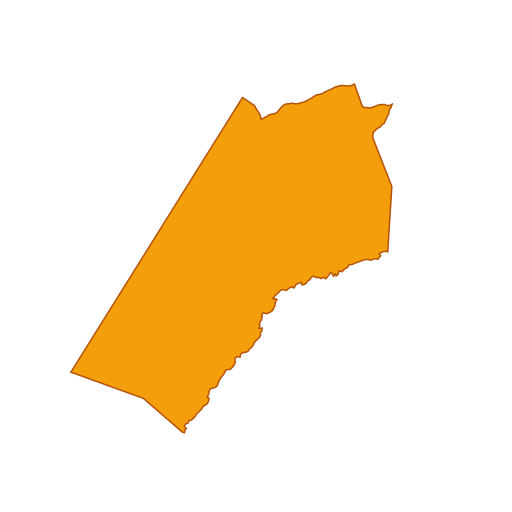 Bertolínia, Piauí, Brazil, rotated 36°
{"feature_id": "56859067B83660365010269", "entity_name": "Bertolínia", "entity_type": "district", "adm_level": 2, "iso_a3": "BRA", "parent_name": "Brazil", "parent_adm1": "Piauí", "projection": "natural_earth1", "projection_center": [-43.815, -7.746], "detail": "fine", "context": "isolated", "style": "filled", "palette": "amber", "viewbox_px": 512, "rotation_deg": 36, "n_neighbors": 0, "source": "geoboundaries", "source_scale": "gbopen_adm2", "svg_char_len": 2260}
<svg xmlns="http://www.w3.org/2000/svg" viewBox="0 0 512 512"><g transform="rotate(36 256 256)"><path d="M325.1,120.0L318.6,115.8L280.4,91.3L278.2,86.9L279.1,81.5L280.6,79.0L280.7,76.0L281.7,73.0L280.8,69.2L280.3,66.1L279.7,62.7L277.9,59.1L277.9,56.3L276.9,53.2L275.8,55.5L273.2,57.4L270.6,58.1L267.3,60.7L265.2,63.4L263.1,66.9L261.4,69.0L259.1,70.5L256.7,71.8L254.5,72.7L234.5,59.0L233.4,61.3L231.3,63.8L226.4,66.8L224.1,68.5L222.2,70.9L220.5,73.2L219.0,76.5L215.1,83.0L214.3,85.6L210.0,90.6L207.9,96.0L205.7,100.8L203.3,104.5L200.3,108.1L198.2,109.9L195.7,110.9L193.8,112.9L190.5,115.9L189.4,118.5L188.9,122.0L188.7,127.1L187.5,129.8L185.6,131.7L183.6,134.3L181.5,139.4L179.9,142.4L176.2,139.4L172.2,137.6L169.8,136.9L166.6,135.2L151.9,135.7L159.8,249.7L160.8,263.7L174.5,458.8L248.5,437.4L251.3,437.6L299.9,441.8L302.1,441.0L300.8,438.9L301.0,436.5L298.1,436.0L297.7,433.5L299.3,430.8L298.4,428.4L300.0,426.9L300.7,424.3L301.1,421.7L300.8,418.9L301.4,415.1L302.0,412.3L301.6,409.3L303.3,404.6L303.1,401.8L301.6,398.6L299.6,399.1L298.9,395.3L297.5,392.9L297.0,390.4L299.5,387.4L301.0,384.4L299.6,378.9L299.1,375.4L299.4,370.6L298.6,365.7L300.4,364.3L302.0,362.4L302.3,359.2L302.3,356.8L301.7,354.1L299.1,351.4L299.9,348.4L302.5,347.3L301.3,344.6L302.2,341.8L303.8,340.3L305.5,338.2L305.5,334.8L306.3,331.0L305.5,326.5L306.0,323.2L306.6,320.6L306.3,317.5L304.8,315.8L304.8,313.2L303.4,310.6L300.9,312.8L300.1,310.3L298.1,307.7L297.9,304.0L296.5,301.2L294.9,299.6L295.5,297.4L298.3,296.7L300.5,293.2L301.4,290.3L300.8,286.7L300.0,283.7L298.5,281.6L298.7,279.0L296.7,279.3L294.6,280.7L294.7,277.9L295.0,275.7L295.7,272.4L296.1,269.2L297.9,266.9L300.8,266.2L301.2,263.8L302.7,260.3L305.5,259.5L305.2,255.2L306.4,253.2L308.1,250.7L310.3,252.4L312.0,250.2L312.7,248.1L312.3,245.6L313.6,243.6L313.2,240.2L314.5,238.5L317.7,237.9L319.8,236.2L321.9,236.1L322.9,233.7L325.8,233.5L326.1,229.5L326.0,225.5L328.5,225.7L330.5,226.8L330.7,223.9L332.6,225.0L333.2,222.2L331.7,219.3L334.9,218.1L335.2,214.7L336.8,211.3L336.2,208.8L338.5,206.6L340.7,203.0L342.5,200.4L343.9,198.3L345.3,195.9L348.5,193.0L351.5,191.8L353.5,188.5L356.5,187.0L356.7,182.5L354.3,181.8L355.8,178.4L358.1,176.0L360.1,175.2L325.1,120.0Z" fill="#f59e0b" stroke="#b45309" stroke-width="1.5"/></g></svg>